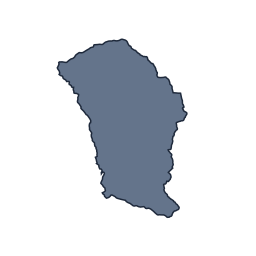 the district of Rusca Montana, Caras-Severin, Romania, rotated 49°
{"feature_id": "2599482B76888345193799", "entity_name": "Rusca Montana", "entity_type": "district", "adm_level": 2, "iso_a3": "ROU", "parent_name": "Romania", "parent_adm1": "Caras-Severin", "projection": "albers", "projection_center": [22.446, 45.608], "detail": "fine", "context": "isolated", "style": "filled", "palette": "slate", "viewbox_px": 256, "rotation_deg": 49, "n_neighbors": 0, "source": "geoboundaries", "source_scale": "gbopen_adm2", "svg_char_len": 5778}
<svg xmlns="http://www.w3.org/2000/svg" viewBox="0 0 256 256"><g transform="rotate(49 128 128)"><path d="M186.3,175.9L190.2,175.1L191.3,174.1L191.7,173.1L192.4,172.4L194.2,171.7L195.0,171.1L195.8,170.5L196.0,170.2L197.2,168.4L197.8,167.6L198.6,167.4L200.1,167.4L200.9,166.9L202.1,165.0L203.8,164.1L207.5,163.4L210.1,163.2L212.6,162.8L213.4,162.3L213.8,161.5L215.3,160.0L216.9,158.2L217.4,157.9L218.5,157.4L219.2,157.2L220.7,157.1L221.3,156.8L221.9,156.0L222.4,155.2L222.3,154.9L222.3,154.5L222.7,153.9L222.9,153.2L222.9,152.7L222.8,152.2L222.2,151.5L221.9,150.7L221.3,149.6L221.3,149.0L221.1,148.1L221.1,147.5L221.1,147.4L221.3,147.1L221.6,146.7L221.8,146.3L222.0,145.1L222.4,143.9L222.5,143.4L222.3,142.5L221.8,141.9L221.6,141.6L221.3,141.5L220.6,141.3L219.3,141.3L218.1,141.1L217.7,141.2L216.9,141.5L214.7,141.2L214.4,141.3L214.1,141.6L213.4,141.8L213.1,141.6L212.9,141.4L212.7,141.4L211.3,141.8L210.3,142.0L210.2,142.1L210.0,142.3L209.8,142.4L209.3,142.3L208.8,142.4L207.7,142.7L206.9,142.5L206.4,142.8L205.8,142.9L205.3,142.8L204.5,142.3L203.8,142.1L203.4,142.1L201.6,142.4L200.5,142.2L199.7,142.1L198.3,141.5L198.1,141.4L197.7,140.5L197.4,140.1L196.9,139.8L196.1,139.6L195.6,139.1L195.1,138.8L194.5,138.6L194.2,138.4L194.0,138.1L194.0,137.9L194.3,137.2L194.7,136.6L194.8,136.2L194.5,135.1L194.3,134.7L194.1,134.4L193.7,133.9L193.6,133.6L193.8,133.4L194.7,132.8L194.8,132.6L194.9,132.4L194.7,132.0L194.4,129.7L194.1,129.3L193.7,128.6L193.5,128.0L193.2,127.7L192.5,127.2L191.9,126.9L191.1,126.5L189.5,126.5L188.7,126.6L188.1,126.8L187.9,126.7L187.8,124.8L187.7,121.7L187.6,121.4L187.4,121.2L187.6,120.6L187.4,120.5L186.8,120.4L186.5,120.2L186.2,119.9L185.8,118.9L185.4,118.1L185.3,117.9L183.3,116.8L182.6,116.0L181.8,115.5L180.9,115.0L180.0,114.7L178.8,114.5L178.1,114.3L177.9,114.1L177.6,113.3L176.7,112.4L176.1,112.3L175.1,112.5L173.1,112.4L172.3,112.5L170.8,112.1L170.8,111.9L171.0,111.6L171.3,111.1L171.9,110.3L172.1,109.8L172.1,109.5L171.7,108.9L170.6,107.6L169.8,106.8L169.4,106.3L168.7,104.8L168.2,104.1L167.5,103.1L167.1,102.7L165.7,102.0L164.3,100.1L163.8,99.6L163.8,99.4L163.9,99.0L164.0,98.6L163.3,97.4L162.7,97.1L162.3,96.7L162.0,95.6L161.6,95.0L161.6,94.4L161.3,93.0L161.3,92.7L161.5,92.0L161.4,91.7L160.7,91.0L159.1,90.5L158.7,90.3L157.7,89.4L156.4,88.7L156.1,88.4L155.7,88.0L155.7,87.8L156.6,85.2L157.2,84.2L157.6,83.0L157.8,82.6L158.2,82.3L158.3,82.0L158.6,81.2L158.5,80.7L158.1,79.8L157.5,79.0L157.5,78.4L157.5,77.8L157.0,77.2L156.9,76.8L156.6,76.2L156.4,75.2L156.0,74.3L155.4,73.9L155.0,73.7L154.7,73.7L152.2,74.6L151.8,74.7L150.6,74.3L150.3,74.5L150.2,74.5L149.5,74.0L149.1,73.9L148.8,73.9L148.7,73.7L148.6,73.1L149.0,72.7L149.0,72.2L148.9,72.1L148.7,71.9L146.8,71.1L146.6,71.1L146.2,71.2L145.3,70.8L144.3,70.1L143.6,69.5L143.2,69.1L140.8,68.1L136.2,65.5L134.6,67.3L133.5,68.3L131.0,70.8L126.7,68.6L126.1,67.9L125.6,67.6L124.8,67.4L124.1,67.4L122.6,67.6L120.5,66.4L119.7,66.1L118.3,65.6L117.6,65.6L117.0,65.7L115.7,66.0L115.2,66.1L114.5,66.0L114.2,66.2L113.5,67.2L113.2,67.9L111.3,70.4L109.6,72.0L109.4,72.1L108.9,72.1L107.9,71.9L106.8,71.4L106.7,71.3L106.5,70.6L106.0,70.1L105.3,69.5L104.8,69.6L104.4,69.5L103.1,69.0L102.2,68.7L101.5,68.2L100.9,68.0L99.4,67.6L97.8,67.5L97.3,67.2L96.7,67.2L96.3,67.1L95.7,67.0L94.7,67.9L90.9,68.1L89.5,68.3L89.2,67.9L88.8,67.9L88.4,67.7L87.6,67.2L86.8,67.1L86.4,67.2L85.4,68.3L84.8,68.7L84.3,69.4L84.0,69.6L82.7,70.0L80.6,70.9L80.0,70.6L78.8,71.0L78.3,71.0L78.0,71.3L77.4,71.4L76.9,71.5L75.8,71.3L75.2,71.5L74.4,71.4L73.8,72.0L72.9,72.3L70.2,73.1L69.4,72.8L68.8,72.5L68.3,72.4L67.7,72.5L67.5,72.8L66.5,73.1L64.3,72.7L62.9,72.2L62.0,72.0L60.8,72.1L59.9,72.4L58.0,73.6L57.5,73.9L56.7,74.8L56.5,75.3L56.2,76.8L56.0,77.4L55.3,78.7L54.8,79.4L54.2,80.0L53.7,80.4L53.0,80.9L52.6,81.3L52.1,82.2L51.9,82.8L51.6,83.3L50.5,84.5L49.6,85.8L48.8,87.8L48.4,88.7L48.3,90.1L48.3,91.5L48.2,92.3L48.0,92.7L47.4,93.4L46.8,93.9L46.2,94.5L45.0,96.3L43.3,98.5L43.1,98.9L43.0,99.3L43.1,99.5L43.9,100.6L44.0,101.1L43.8,101.6L43.3,102.5L42.8,103.6L42.7,105.6L42.3,107.4L42.0,109.2L41.9,109.9L41.5,112.4L41.3,112.8L40.6,113.9L39.2,115.2L39.0,115.7L38.7,118.6L38.7,119.8L39.4,121.8L39.4,122.9L39.4,123.5L39.3,124.0L38.5,125.8L38.3,127.5L38.2,129.1L38.3,129.8L38.2,131.1L38.0,131.6L37.1,132.5L35.0,134.2L33.1,136.5L33.2,137.4L34.5,138.1L35.6,140.3L36.2,141.9L37.6,142.3L39.8,142.5L41.8,143.5L42.4,144.9L44.1,144.5L45.6,143.6L46.2,143.5L47.9,144.3L49.4,144.1L50.1,143.7L51.2,143.5L52.7,143.8L53.4,142.8L54.3,142.0L54.9,142.1L55.9,143.4L56.7,143.8L57.5,143.3L58.9,143.0L59.9,143.6L61.0,143.3L61.6,142.4L62.6,143.5L63.3,144.3L64.5,144.6L66.1,145.8L66.9,145.4L68.3,144.0L70.3,143.3L71.3,144.3L72.0,145.8L73.4,146.9L74.6,148.6L75.6,149.2L77.9,149.1L81.0,149.5L82.5,150.7L86.0,150.4L88.2,150.5L90.3,150.8L91.8,150.3L95.0,150.6L96.2,150.8L97.6,151.1L98.3,151.5L99.3,152.6L99.1,152.8L99.7,154.5L101.0,155.9L102.6,156.9L104.0,158.1L107.5,158.5L108.5,159.2L109.0,160.2L110.6,161.4L113.0,162.2L114.1,163.2L115.6,163.2L117.1,163.0L118.3,163.9L118.9,164.3L120.1,164.9L121.6,164.8L122.5,165.6L124.0,166.0L125.1,166.9L126.7,167.7L127.5,168.7L129.2,170.0L128.7,171.8L130.7,172.5L132.4,173.5L134.2,174.3L134.2,175.1L136.9,174.4L138.0,175.3L139.4,175.9L140.5,176.1L141.2,175.3L142.7,175.3L143.7,176.0L144.0,177.3L145.1,178.1L144.8,177.0L144.8,175.8L145.6,175.3L146.5,175.4L147.1,176.0L147.8,177.6L148.4,179.3L150.0,181.0L151.4,184.1L152.0,184.8L153.3,184.7L154.8,184.7L155.5,185.0L156.5,185.0L158.2,184.8L159.2,185.5L160.4,186.1L160.6,186.8L160.5,188.2L160.4,188.8L160.3,189.4L160.1,189.5L160.0,189.9L161.0,190.2L163.0,189.8L164.2,190.5L166.8,190.3L167.4,189.1L167.8,187.9L167.8,186.3L167.5,184.7L168.5,183.8L171.6,182.7L172.7,182.7L173.9,182.3L177.5,179.9L181.0,177.3L182.3,177.6L184.4,176.9L186.3,175.9Z" fill="#64748b" stroke="#1e293b" stroke-width="1.5"/></g></svg>